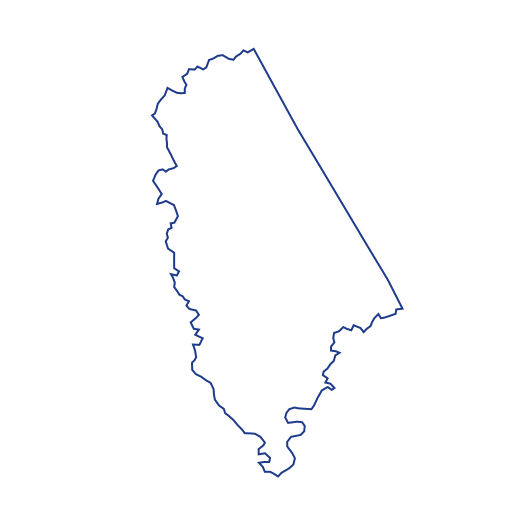 Mariluz, Paraná, Brazil (Natural Earth projection), rotated 323°
{"feature_id": "56859067B28050062371574", "entity_name": "Mariluz", "entity_type": "district", "adm_level": 2, "iso_a3": "BRA", "parent_name": "Brazil", "parent_adm1": "Paraná", "projection": "natural_earth1", "projection_center": [-53.245, -24.055], "detail": "fine", "context": "isolated", "style": "outline", "palette": "blue", "viewbox_px": 512, "rotation_deg": 323, "n_neighbors": 0, "source": "geoboundaries", "source_scale": "gbopen_adm2", "svg_char_len": 2507}
<svg xmlns="http://www.w3.org/2000/svg" viewBox="0 0 512 512"><g transform="rotate(323 256 256)"><path d="M140.9,445.3L146.0,444.5L154.5,445.5L160.4,445.0L165.3,441.0L166.3,435.4L166.3,427.1L168.9,423.3L175.1,421.5L184.0,425.8L189.0,425.0L192.6,421.1L192.8,416.5L189.2,413.1L181.2,408.6L182.2,402.4L186.1,399.5L190.4,398.4L195.4,400.1L198.3,403.3L208.1,411.7L212.4,410.3L219.3,406.6L227.5,403.0L230.9,403.3L234.4,403.8L235.9,408.5L239.2,408.6L238.6,402.8L235.3,398.8L239.6,396.8L237.7,391.4L240.5,389.0L245.2,388.9L250.5,387.1L255.0,386.6L259.5,383.1L264.4,383.5L262.5,380.2L259.0,376.7L261.4,373.5L266.6,372.2L268.2,368.2L272.0,364.4L277.0,366.1L282.9,365.3L284.7,368.8L287.4,372.7L292.3,370.1L296.1,376.4L296.2,381.6L300.2,380.8L305.3,380.9L308.9,378.7L313.0,376.9L318.8,376.0L318.3,380.8L321.5,382.5L326.2,384.1L332.7,386.2L335.8,383.1L341.3,386.2L347.0,354.1L350.6,319.1L358.3,248.3L364.5,190.7L365.6,180.1L378.8,89.2L371.9,88.4L369.7,84.2L365.5,85.1L359.9,84.7L356.1,85.7L353.0,82.2L350.2,75.5L345.9,73.1L340.7,72.6L336.5,71.2L329.8,75.5L326.1,75.2L323.3,69.5L319.2,70.2L315.0,66.5L310.6,69.1L305.0,68.7L303.8,73.5L303.4,77.4L299.8,79.5L297.3,82.9L294.0,80.9L291.1,78.1L288.7,73.6L286.5,68.5L279.8,72.8L273.6,74.0L269.2,75.3L264.6,79.1L261.1,81.3L257.6,81.2L258.2,89.8L257.0,94.0L257.3,98.4L255.5,102.5L257.5,105.6L254.9,108.7L252.6,112.7L250.4,115.4L249.0,124.2L247.6,131.3L246.9,136.4L243.2,136.3L238.2,134.3L234.8,134.4L233.6,130.7L229.7,129.0L225.0,130.5L219.0,134.0L218.7,140.9L218.0,149.8L212.6,151.5L208.3,154.9L213.8,157.0L217.2,157.8L221.1,166.0L219.3,172.2L217.6,177.2L210.8,180.3L207.5,178.6L205.5,182.7L202.0,181.9L198.2,184.4L196.6,188.4L192.7,190.0L190.2,197.1L192.6,204.2L187.9,210.3L183.3,216.5L185.2,222.0L181.0,223.9L177.2,219.4L176.7,223.2L175.1,228.4L172.0,231.5L171.9,236.9L171.5,240.8L173.2,244.0L173.0,247.9L175.2,251.8L170.6,253.7L170.9,258.2L175.3,263.4L175.0,268.6L171.5,269.3L163.9,269.7L162.5,276.7L166.1,280.4L160.1,282.3L161.9,285.9L163.9,289.6L157.3,292.9L152.4,288.8L150.5,294.7L147.3,300.8L144.3,302.2L140.7,302.7L136.5,308.6L136.9,314.2L139.6,319.5L141.2,324.9L143.4,330.0L142.0,336.9L139.1,341.2L136.7,346.0L136.5,353.1L138.3,358.7L136.8,363.0L137.9,366.8L139.3,373.6L139.6,380.4L140.4,386.0L140.4,390.8L143.8,393.5L148.1,397.2L150.7,403.0L150.8,410.5L147.6,411.7L141.9,411.8L138.8,416.0L144.5,419.0L145.7,425.8L142.5,428.5L138.5,425.4L133.9,422.9L134.5,428.5L133.2,433.7L137.4,436.8L139.3,440.9L140.9,445.3Z" fill="none" stroke="#1e3a8a" stroke-width="2"/></g></svg>